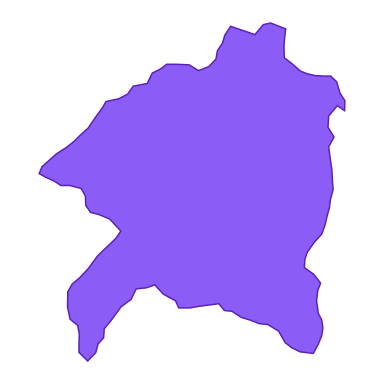 Trombudo Central, Santa Catarina, Brazil
{"feature_id": "56859067B84351274914005", "entity_name": "Trombudo Central", "entity_type": "district", "adm_level": 2, "iso_a3": "BRA", "parent_name": "Brazil", "parent_adm1": "Santa Catarina", "projection": "orthographic", "projection_center": [-49.814, -27.313], "detail": "fine", "context": "isolated", "style": "filled", "palette": "violet", "viewbox_px": 384, "rotation_deg": 0, "n_neighbors": 0, "source": "geoboundaries", "source_scale": "gbopen_adm2", "svg_char_len": 1580}
<svg xmlns="http://www.w3.org/2000/svg" viewBox="0 0 384 384"><path d="M313.3,353.4L318.4,343.9L321.7,335.7L322.9,327.9L321.7,319.9L318.3,313.4L316.6,301.0L317.7,290.7L320.6,283.1L314.0,274.6L304.4,267.5L304.9,259.3L307.3,252.2L314.4,242.2L321.8,234.0L325.0,225.0L327.2,215.8L329.4,207.9L330.5,199.2L333.1,189.7L332.4,180.2L331.9,169.9L330.2,158.3L328.7,146.8L334.0,137.1L328.0,127.3L328.7,116.0L337.3,105.7L344.6,110.7L344.9,100.7L340.1,93.3L336.6,81.7L330.7,76.1L323.7,76.1L315.2,75.6L307.4,73.8L300.5,71.1L292.7,64.3L284.3,57.7L284.0,46.6L284.7,37.1L285.7,28.8L278.9,26.3L270.7,23.0L263.4,24.6L254.9,34.6L230.6,26.3L224.7,35.4L222.6,42.9L217.4,50.7L216.0,59.0L209.0,66.5L198.6,70.6L189.0,64.8L177.0,64.3L166.7,64.3L160.0,69.3L152.4,73.0L147.2,83.5L133.2,86.2L127.6,94.1L118.6,98.8L106.0,101.5L102.4,107.8L96.8,115.4L88.1,128.1L79.5,135.9L74.5,141.0L66.3,147.5L56.5,153.8L47.6,161.7L42.1,166.6L39.1,173.6L45.9,177.3L54.3,181.1L60.8,185.5L69.6,185.5L81.1,188.4L85.4,196.0L85.8,205.5L90.6,212.4L98.7,214.5L109.7,219.0L120.8,231.1L116.0,238.2L107.5,246.4L97.6,255.9L88.1,268.8L79.3,278.1L72.3,283.9L67.8,291.8L67.5,306.8L70.1,319.2L77.7,325.4L79.3,334.1L79.0,342.8L78.9,352.3L87.7,361.0L95.8,352.6L98.0,344.0L103.6,337.8L104.3,328.7L111.2,320.3L115.4,314.5L121.1,306.8L131.1,299.4L136.2,288.9L146.4,287.8L154.8,284.9L163.4,294.2L175.5,300.8L178.7,307.9L189.9,307.9L199.1,306.3L218.8,303.7L224.4,310.5L232.0,311.3L241.3,317.4L250.9,320.3L259.3,323.7L267.8,324.5L278.6,331.1L285.2,342.7L291.7,347.7L300.0,351.8L313.3,353.4Z" fill="#8b5cf6" stroke="#5b21b6" stroke-width="1.5"/></svg>